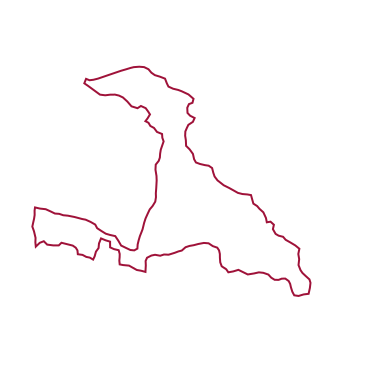 outline of São José de Ribamar, Maranhão, Brazil, rotated 289°
{"feature_id": "56859067B58306550614975", "entity_name": "São José de Ribamar", "entity_type": "district", "adm_level": 2, "iso_a3": "BRA", "parent_name": "Brazil", "parent_adm1": "Maranhão", "projection": "robinson", "projection_center": [-44.138, -2.581], "detail": "fine", "context": "isolated", "style": "outline", "palette": "rose", "viewbox_px": 384, "rotation_deg": 289, "n_neighbors": 0, "source": "geoboundaries", "source_scale": "gbopen_adm2", "svg_char_len": 3010}
<svg xmlns="http://www.w3.org/2000/svg" viewBox="0 0 384 384"><g transform="rotate(289 192 192)"><path d="M126.3,48.6L123.2,49.2L119.0,50.7L115.2,51.4L111.4,51.8L107.3,52.3L103.4,55.4L97.7,59.0L93.4,60.3L89.5,62.1L94.4,64.6L97.2,67.9L95.1,72.2L96.3,78.0L98.1,83.4L101.5,85.1L102.5,96.7L101.5,100.2L99.5,102.7L96.0,104.3L96.9,109.0L96.2,113.2L96.7,116.7L95.9,120.5L99.5,120.9L104.3,120.6L108.6,121.9L113.1,120.8L118.5,121.1L118.2,126.1L118.4,130.7L113.0,132.6L112.6,136.9L113.1,141.6L109.9,143.8L106.8,144.8L103.5,145.6L100.0,147.2L100.5,150.7L101.9,156.4L100.3,165.2L101.0,169.6L101.3,174.0L107.6,172.2L111.7,170.6L115.2,170.9L118.7,174.3L120.6,177.5L121.4,182.7L123.8,185.9L125.1,190.3L128.9,195.5L131.4,198.5L133.3,201.4L137.7,203.9L140.2,207.2L142.3,211.0L144.9,214.9L147.7,219.8L148.9,224.4L147.6,229.3L147.6,234.0L145.6,236.6L142.5,238.5L138.9,239.8L134.7,241.6L131.4,244.3L130.1,249.5L127.9,252.5L130.3,256.8L133.5,261.2L132.2,271.6L135.2,277.2L137.8,281.4L138.8,285.7L138.8,291.1L136.8,294.8L135.9,298.7L137.1,302.5L139.3,305.1L140.5,308.4L139.3,312.4L137.1,314.7L134.2,316.5L130.4,319.3L127.6,322.3L128.4,326.6L131.5,330.9L133.7,335.4L139.7,334.7L144.7,333.6L147.6,331.5L149.6,326.8L151.4,322.8L153.4,320.1L157.6,316.5L163.4,315.2L168.0,312.7L173.3,312.0L175.1,307.1L176.3,301.5L177.3,296.1L179.3,292.7L178.9,288.1L179.6,284.7L183.2,280.6L187.7,280.1L189.5,275.9L187.7,272.6L191.5,270.4L196.0,266.1L198.1,261.2L199.9,258.2L201.0,253.8L205.5,250.7L208.3,248.8L207.7,245.1L206.5,240.4L206.1,235.7L207.0,230.9L207.9,225.8L208.7,219.8L211.3,212.3L214.0,208.3L217.1,205.9L221.2,203.2L222.3,199.2L221.6,195.4L221.1,190.4L221.2,186.1L223.7,183.3L228.3,180.5L231.6,175.8L233.7,171.4L239.0,169.3L243.0,167.2L247.1,166.0L251.0,166.3L254.3,166.7L258.6,170.0L262.8,170.4L263.5,165.4L265.3,162.0L270.1,160.1L274.1,160.5L276.5,163.4L280.6,163.1L283.1,156.9L283.9,149.4L284.0,145.7L283.5,140.5L284.0,135.4L286.6,132.8L290.4,129.6L290.6,124.0L290.4,118.8L291.6,114.7L293.9,110.9L294.5,106.1L293.3,101.4L291.1,96.3L289.3,93.5L286.6,89.8L283.5,85.4L275.6,75.2L268.6,66.2L266.0,62.2L264.3,58.7L264.5,55.0L259.7,54.8L258.4,59.5L254.1,73.3L255.2,78.5L257.5,83.2L259.0,87.5L259.4,91.5L258.9,95.9L256.5,101.4L253.3,106.9L253.5,113.2L256.7,115.7L256.2,120.9L253.9,124.2L251.7,127.0L247.1,126.0L243.8,124.9L243.3,128.3L240.9,131.1L240.2,135.2L237.4,139.3L237.1,144.8L233.6,146.3L230.6,148.7L221.9,148.7L217.8,149.4L214.1,150.4L210.6,150.4L206.1,148.8L201.2,150.2L198.4,151.7L195.6,153.2L191.5,154.8L184.1,156.9L179.1,158.2L175.4,159.6L170.9,160.4L165.9,159.3L161.8,157.7L157.3,157.2L151.9,156.7L147.2,156.8L144.0,157.1L140.6,157.4L137.5,157.3L133.3,157.1L128.9,157.3L124.7,157.7L120.7,158.8L118.0,156.4L117.1,152.6L117.6,148.1L118.3,142.4L121.8,138.4L125.3,133.8L124.7,128.5L124.5,124.0L125.6,119.2L126.9,114.1L129.7,111.1L130.7,105.8L131.2,100.4L130.7,97.0L130.4,92.8L130.1,88.9L129.2,82.3L128.1,77.8L128.1,73.5L127.0,69.4L127.6,64.6L128.1,59.3L126.8,53.5L126.3,48.6Z" fill="none" stroke="#9f1239" stroke-width="2"/></g></svg>